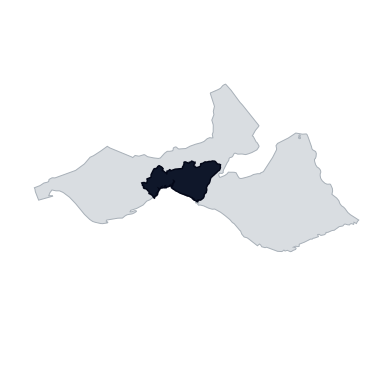 Sofala highlighted on a map of Mozambique, rotated 70°
{"feature_id": "MOZ-1905", "entity_name": "Sofala", "entity_type": "Province", "adm_level": 1, "iso_a3": "MOZ", "parent_name": "Mozambique", "parent_adm1": "", "projection": "mercator", "projection_center": [34.584, -19.076], "detail": "fine", "context": "in_parent", "style": "filled", "palette": "ink", "viewbox_px": 384, "rotation_deg": 70, "n_neighbors": 0, "source": "natural_earth", "source_scale": "10m", "svg_char_len": 9317}
<svg xmlns="http://www.w3.org/2000/svg" viewBox="0 0 384 384"><g transform="rotate(70 192 192)"><path d="M120.1,256.0L122.5,254.1L138.5,236.6L139.4,235.9L138.2,233.0L140.2,229.6L140.5,224.3L141.1,223.5L143.6,221.7L146.9,216.3L149.0,212.1L149.2,210.1L146.2,204.5L145.3,201.4L146.2,198.8L146.6,196.3L146.2,195.5L144.3,194.5L144.0,193.4L144.0,192.1L144.4,191.4L146.6,190.2L147.1,189.6L149.0,183.0L148.3,178.1L148.3,172.4L148.8,166.6L148.6,163.3L147.1,159.5L147.0,156.8L148.0,154.9L148.2,153.8L144.7,153.2L142.9,151.6L136.3,149.1L131.2,148.8L126.9,145.0L123.5,144.4L119.2,141.6L105.7,141.1L105.2,140.8L104.7,132.5L104.3,129.8L102.6,126.8L102.1,124.8L102.2,123.5L109.7,120.5L124.3,116.2L127.6,114.8L152.5,106.4L153.2,106.9L155.7,111.2L159.9,116.1L160.9,115.4L166.9,114.6L167.7,114.0L169.6,113.6L171.7,113.3L172.4,113.6L174.6,116.6L175.4,122.3L175.4,126.1L175.2,128.8L173.4,132.0L172.1,136.0L170.2,138.2L170.2,139.2L172.4,141.6L172.8,142.6L172.7,144.7L173.1,145.6L175.0,146.8L176.4,148.8L181.8,154.6L183.2,155.7L184.3,155.9L184.8,157.1L184.5,158.4L183.7,159.2L184.0,160.2L185.1,161.1L187.6,161.0L187.9,160.6L187.7,155.5L186.8,152.5L185.8,151.1L187.9,145.6L189.0,144.0L193.1,143.4L194.9,142.9L195.7,142.2L196.3,140.5L196.8,135.6L197.0,131.0L196.6,128.3L197.2,124.2L198.1,121.7L197.6,121.3L197.3,117.9L187.1,104.4L181.4,98.3L180.4,97.7L177.2,97.2L175.6,95.0L174.2,83.0L172.1,74.3L175.4,68.5L176.5,64.8L177.2,64.3L180.0,64.1L190.0,64.2L192.5,64.5L193.6,64.2L196.2,62.0L198.4,62.0L201.3,63.4L202.8,64.7L203.1,65.7L205.0,66.3L208.7,66.5L211.3,65.9L212.9,64.7L214.6,64.0L216.4,63.9L217.8,64.4L218.7,65.3L220.5,66.0L223.1,66.4L226.0,65.8L229.1,64.2L230.8,62.5L231.8,59.6L232.4,59.2L236.7,58.9L239.1,59.5L242.1,61.3L247.2,58.1L250.4,57.0L253.5,57.0L256.1,56.2L258.1,54.7L260.2,53.8L264.5,52.6L267.4,51.0L275.4,44.9L276.3,46.7L277.9,48.3L275.8,50.1L277.7,51.2L276.3,52.9L276.1,54.1L276.8,55.3L275.9,57.2L274.7,58.7L274.4,59.9L275.5,61.9L274.9,65.5L276.6,71.5L276.1,73.5L276.4,78.2L275.8,79.9L276.9,80.5L277.4,82.4L276.9,85.7L275.2,87.1L275.0,88.5L277.2,88.5L277.2,92.6L276.9,93.9L277.4,95.2L276.8,96.8L277.6,103.5L277.7,108.3L277.8,109.1L279.7,109.9L279.6,111.2L278.4,113.0L278.5,115.6L279.9,113.5L280.7,113.5L281.4,114.3L281.5,117.2L281.9,118.7L281.7,120.0L279.4,122.4L279.3,124.8L278.4,125.1L278.0,125.7L278.6,127.0L278.6,128.2L277.0,131.9L269.4,140.8L269.3,142.4L267.3,145.2L265.2,145.6L264.0,146.4L264.9,148.9L254.8,155.2L253.7,156.1L252.1,158.4L248.7,159.6L245.1,159.7L244.4,160.2L236.2,163.2L234.5,164.5L231.0,165.8L225.5,169.0L220.9,172.0L215.8,176.5L215.1,178.9L212.7,182.1L209.0,185.8L206.9,189.0L206.7,190.3L205.4,190.8L204.3,189.4L203.9,192.0L203.0,192.2L202.0,191.6L197.4,194.3L194.0,197.4L189.1,203.3L182.1,209.0L180.4,209.2L178.2,207.2L177.0,207.0L178.8,209.2L178.7,214.0L177.8,219.7L178.0,220.9L182.6,227.0L184.9,234.0L185.1,237.7L187.5,242.3L188.5,249.4L188.3,255.9L189.4,257.0L189.9,256.0L190.0,251.9L190.7,250.8L191.3,250.9L191.9,253.2L192.1,255.6L191.2,260.7L191.5,262.8L192.7,266.3L191.3,270.4L189.2,281.7L189.7,282.4L190.8,282.7L191.2,281.5L191.8,281.5L192.1,282.2L191.2,286.7L190.4,288.6L187.3,293.4L185.6,295.5L182.8,297.5L176.3,300.7L163.2,305.3L155.0,308.9L148.4,313.2L145.6,316.1L144.4,319.4L142.2,322.9L144.1,325.8L146.5,327.9L147.7,324.4L148.3,324.4L147.2,338.9L138.2,339.1L135.5,338.6L134.1,338.7L134.0,332.6L132.9,328.1L133.3,324.9L133.2,323.2L131.3,322.0L130.8,318.6L131.9,315.9L131.9,294.0L128.8,283.5L124.5,275.9L124.2,272.1L122.3,263.8L120.1,256.0ZM177.6,73.5L178.6,72.9L178.8,71.9L178.1,71.5L177.5,71.6L177.2,73.2L177.6,73.5ZM176.9,71.6L176.0,70.9L175.4,71.1L175.2,71.7L175.8,72.5L176.5,72.6L176.9,71.6Z" fill="#d9dde1" stroke="#a8b0b8" stroke-width="1"/><path d="M202.1,191.0L202.1,190.9L201.8,190.9L201.7,191.0L201.2,191.6L200.4,192.8L200.0,193.0L199.5,193.1L199.6,192.7L199.3,192.5L199.1,192.7L198.9,193.6L198.7,193.8L198.3,193.9L198.1,193.8L198.0,193.5L197.7,193.5L197.4,193.6L197.3,193.9L197.3,194.1L197.6,194.0L195.2,195.9L194.8,196.5L194.6,196.7L194.4,196.6L194.2,196.8L193.8,197.5L193.9,197.4L194.3,197.4L194.3,197.5L193.8,197.8L193.3,198.1L192.5,199.0L192.9,199.0L192.7,199.2L192.0,200.1L191.8,200.2L191.5,200.3L191.3,200.8L190.4,201.9L188.7,203.8L186.7,205.4L185.1,207.1L184.5,207.4L184.1,207.5L183.2,208.4L182.6,208.8L182.5,208.6L182.3,208.8L181.8,209.3L180.9,209.9L180.4,209.7L180.2,209.6L180.1,209.3L180.0,208.6L179.0,207.7L178.2,207.4L177.3,206.3L177.2,206.1L176.9,206.0L176.6,205.1L175.9,204.8L175.6,204.8L175.4,204.9L175.2,205.4L175.0,205.5L175.3,205.6L175.6,205.3L175.9,205.3L176.2,205.3L176.4,205.4L176.6,205.6L176.7,206.2L176.8,206.5L177.7,207.8L178.0,207.9L178.5,208.0L178.7,208.5L179.1,208.9L179.2,209.1L179.1,209.6L178.8,210.1L178.5,210.4L178.0,210.3L178.1,210.6L178.6,210.4L178.9,210.5L179.0,210.7L178.8,211.2L178.8,211.5L179.0,212.3L178.9,212.5L178.7,212.9L178.8,213.3L178.8,213.9L179.0,214.3L179.2,214.8L179.2,215.0L179.0,215.3L178.8,215.7L178.5,215.6L178.0,215.2L177.4,215.4L177.1,215.1L177.1,215.5L177.4,215.8L178.6,216.5L178.5,216.8L178.2,217.2L178.0,218.0L177.6,218.4L177.5,218.7L177.9,218.9L177.8,219.1L177.6,219.3L177.4,219.4L177.1,219.4L176.9,219.2L177.0,219.7L177.3,220.1L177.5,220.3L177.9,220.4L178.0,220.4L178.1,220.8L178.2,221.1L178.1,221.4L177.4,222.0L177.9,221.9L178.3,221.8L178.5,221.9L178.6,222.3L178.7,222.5L179.0,222.3L179.1,222.7L179.3,222.9L179.6,223.0L179.9,223.2L180.1,223.5L180.3,224.0L180.3,224.4L180.4,224.5L180.9,224.2L181.1,224.3L181.1,224.6L180.7,224.9L180.8,225.3L180.9,225.1L181.0,225.0L181.4,224.9L182.2,225.0L182.3,225.1L182.8,225.6L182.9,225.8L182.9,226.5L183.1,226.4L183.3,226.5L183.4,226.8L183.1,227.1L183.0,227.3L183.1,227.6L183.6,228.1L183.8,228.4L183.6,228.8L183.6,229.1L183.6,229.4L184.1,229.0L184.3,228.9L184.8,229.2L184.9,229.5L184.5,229.7L184.1,229.9L183.9,230.0L182.6,230.2L180.8,230.9L180.6,231.0L180.5,231.3L179.5,231.9L179.3,232.4L178.9,232.8L178.4,232.9L178.2,232.8L177.5,232.2L177.3,232.2L176.6,232.3L175.8,233.0L173.9,233.6L173.4,234.0L172.6,235.2L172.2,235.8L171.6,236.1L171.3,236.1L171.1,236.0L170.6,235.5L170.1,235.4L169.8,235.5L169.3,236.1L168.9,236.3L168.7,236.2L168.4,236.1L168.2,236.0L166.3,236.1L166.4,234.6L166.5,234.4L166.9,234.1L166.9,233.8L166.9,233.5L166.9,233.3L167.1,233.0L167.7,232.7L168.0,232.4L168.1,232.0L168.1,231.7L167.9,231.4L166.2,230.1L164.7,229.9L164.4,229.9L164.3,229.6L164.2,225.9L164.1,225.5L163.9,225.3L161.9,224.6L161.6,224.4L157.4,220.0L157.3,219.7L157.3,218.8L157.4,218.6L157.7,217.7L157.7,217.4L157.6,217.2L157.3,216.8L157.2,216.0L157.0,215.8L156.5,215.7L156.4,215.5L156.0,214.0L156.1,213.8L157.6,212.5L157.9,212.2L158.5,211.9L158.9,211.6L159.1,211.5L159.6,211.5L160.1,211.2L160.3,211.2L160.5,211.4L160.6,211.8L160.9,211.9L161.4,212.4L161.8,212.5L162.3,211.7L162.6,211.5L163.1,211.4L163.5,211.1L164.2,210.8L164.4,210.7L164.5,210.3L164.7,210.1L165.1,209.9L165.3,209.7L165.7,209.7L166.1,209.5L165.8,209.3L165.4,209.0L164.9,208.9L164.7,208.8L164.6,208.5L164.5,208.4L163.9,208.4L163.9,207.9L164.0,207.0L164.0,206.4L163.5,205.7L163.4,205.3L163.5,205.1L164.0,204.9L164.4,204.9L164.6,204.9L164.8,204.5L164.8,200.0L166.5,193.6L166.6,193.1L166.2,193.0L166.1,192.8L165.9,192.5L165.7,192.4L165.3,192.3L165.1,192.2L164.8,191.4L164.6,191.2L163.9,190.9L163.5,190.2L163.3,190.1L162.7,189.9L162.2,189.5L161.9,189.4L161.4,189.4L161.2,189.0L161.4,188.1L161.5,187.9L161.7,187.6L162.2,187.1L162.6,186.6L162.8,186.4L163.1,186.0L163.5,185.8L163.8,185.3L163.8,185.0L163.6,184.7L163.5,184.3L163.3,184.2L163.2,184.2L163.4,183.4L163.4,183.0L163.3,182.7L162.9,182.0L162.9,181.8L162.9,181.7L163.4,181.2L163.6,180.8L163.9,180.6L164.3,180.4L164.7,180.0L164.8,179.8L164.9,179.3L165.0,179.0L165.8,179.2L166.0,179.3L166.3,179.6L166.5,179.9L166.6,180.4L166.8,180.7L167.6,181.2L168.0,181.4L168.7,180.6L168.9,180.4L169.2,180.4L169.9,180.5L170.1,180.2L170.4,179.6L170.8,178.1L170.8,177.4L170.8,176.9L170.7,176.6L170.8,175.8L170.8,175.6L170.7,175.5L170.5,175.3L170.1,174.9L168.7,174.3L168.5,174.2L168.5,173.8L168.7,172.0L168.7,171.8L168.2,169.9L168.2,169.6L168.2,169.4L168.9,167.8L169.0,167.5L169.0,166.6L169.1,165.7L169.3,165.0L169.8,163.9L169.8,163.6L169.8,162.6L169.8,162.3L170.8,160.1L171.2,159.8L171.7,159.5L172.7,159.2L174.1,158.6L174.6,158.1L174.8,157.8L175.1,157.0L176.1,155.9L177.4,156.6L178.7,156.9L179.1,157.1L180.6,158.4L180.7,158.6L181.0,159.1L181.4,160.9L182.1,162.0L182.4,162.8L182.6,163.5L182.6,163.8L183.1,164.4L183.2,164.8L183.3,165.0L183.8,166.2L184.0,167.0L184.4,167.6L184.6,168.2L184.7,168.8L185.0,169.2L185.2,169.5L185.8,169.9L186.2,170.3L186.4,170.4L186.5,170.5L187.8,171.3L188.8,172.0L189.3,172.7L189.6,172.8L189.7,173.0L189.9,173.3L190.0,173.4L190.2,173.7L190.3,174.3L190.4,174.6L190.5,174.8L191.2,175.2L191.4,175.4L191.5,175.6L191.7,176.0L191.9,176.2L192.5,176.6L193.0,177.1L193.4,177.2L194.0,177.1L194.3,177.1L194.7,177.4L195.2,177.5L195.6,177.7L196.2,178.2L197.0,178.6L197.4,178.9L197.2,179.3L197.7,179.9L198.0,180.4L198.1,180.5L198.1,180.9L198.4,181.3L199.4,181.8L200.2,182.1L200.3,182.2L200.8,182.7L201.1,182.9L201.4,183.2L201.5,183.5L201.7,183.9L201.8,184.3L201.9,184.6L202.0,184.7L202.0,184.8L202.2,185.5L202.4,185.9L202.4,186.7L202.5,187.2L202.5,187.3L202.2,187.3L201.9,187.6L201.8,188.1L201.9,188.7L202.0,189.0L201.7,189.2L201.8,189.4L202.1,189.4L202.5,189.3L202.8,189.7L203.1,190.1L202.8,190.6L202.6,190.8L202.4,191.0L202.1,191.0Z" fill="#0f172a" stroke="#020617" stroke-width="1.5"/></g></svg>